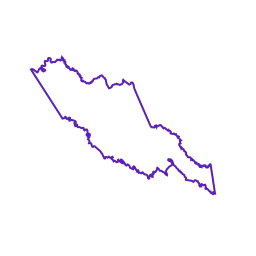 Morelia, Caquetá, Colombia (Equal Earth projection), rotated 147°
{"feature_id": "7082276B57536514364172", "entity_name": "Morelia", "entity_type": "district", "adm_level": 2, "iso_a3": "COL", "parent_name": "Colombia", "parent_adm1": "Caquetá", "projection": "equal_earth", "projection_center": [-75.683, 1.4], "detail": "fine", "context": "isolated", "style": "outline", "palette": "violet", "viewbox_px": 256, "rotation_deg": 147, "n_neighbors": 0, "source": "geoboundaries", "source_scale": "gbopen_adm2", "svg_char_len": 5825}
<svg xmlns="http://www.w3.org/2000/svg" viewBox="0 0 256 256"><g transform="rotate(147 128 128)"><path d="M90.5,26.1L78.2,53.3L78.7,52.9L80.0,52.6L80.0,52.0L80.8,52.0L81.1,52.4L81.7,51.8L82.1,52.0L82.4,51.6L83.0,52.0L83.2,51.8L83.7,52.1L83.5,52.7L83.9,52.9L84.0,53.5L83.4,54.2L83.8,54.9L85.3,55.5L85.5,55.2L85.8,55.6L86.3,55.4L86.9,55.9L87.2,55.8L87.3,56.6L87.9,56.1L88.3,56.4L88.2,55.6L89.0,56.3L88.9,56.7L88.4,56.7L88.8,57.7L88.3,59.2L88.8,59.8L89.0,59.4L89.5,59.5L89.8,61.0L90.2,61.2L89.7,61.8L90.7,62.3L90.4,63.1L90.6,65.0L91.1,66.7L91.7,66.3L91.8,67.1L92.3,67.1L91.7,68.1L91.7,69.3L93.6,71.1L93.5,72.6L93.8,74.1L93.4,75.0L92.6,75.8L92.9,77.0L93.4,77.8L93.1,78.1L93.2,79.1L93.0,79.9L93.4,80.1L93.8,82.8L94.4,82.3L94.2,83.2L94.5,84.1L94.1,86.3L93.6,86.7L92.4,86.5L92.4,87.2L91.5,88.8L90.3,88.7L91.0,91.9L90.8,92.7L90.1,93.1L90.4,93.6L90.8,93.7L91.0,92.8L91.3,92.8L91.2,95.1L91.6,96.2L91.2,96.7L92.3,97.3L92.4,98.3L93.7,98.6L95.1,100.1L95.1,100.8L94.3,101.2L94.2,102.2L94.8,103.3L95.3,103.5L95.0,104.5L95.4,104.6L95.7,104.0L96.0,104.1L96.2,105.4L96.7,106.1L96.8,107.4L97.1,108.1L98.4,108.3L98.7,110.0L98.4,110.3L98.9,111.5L99.0,112.6L100.3,113.3L100.9,113.1L102.6,113.7L103.1,113.4L102.7,114.3L103.0,114.9L103.8,114.7L104.2,115.0L104.7,114.2L105.2,114.5L105.6,114.1L107.8,115.8L108.0,117.6L101.3,157.4L99.7,161.6L99.5,162.8L99.6,163.7L100.5,164.4L102.0,163.5L103.3,163.7L105.7,170.2L105.8,171.0L106.3,170.8L107.1,168.9L109.4,168.1L110.2,168.4L111.4,168.5L112.2,169.7L113.0,170.4L113.5,171.4L114.3,171.2L115.5,172.0L117.6,172.3L118.4,172.1L119.3,171.3L121.3,171.3L122.3,171.7L122.0,176.6L120.4,180.4L120.6,181.4L120.2,182.2L120.9,183.6L121.2,186.4L123.1,186.9L124.0,186.7L124.5,186.1L125.5,186.8L127.1,186.5L129.8,187.8L131.3,187.0L132.0,187.1L132.4,186.3L133.5,186.6L134.0,186.1L134.5,186.6L135.2,186.2L135.8,186.8L136.6,186.5L137.5,187.8L138.4,188.0L138.8,189.9L140.4,191.9L140.1,192.2L140.6,192.6L141.0,192.2L141.3,192.6L141.0,193.1L141.2,193.5L140.3,194.6L140.3,195.5L140.1,195.7L140.4,196.4L140.1,197.0L140.0,196.9L140.2,197.6L139.9,197.6L139.9,198.2L139.6,198.2L139.8,198.9L139.4,199.3L139.6,199.7L139.6,199.4L139.9,199.4L139.8,199.7L140.1,200.1L139.9,200.2L140.1,201.6L140.3,201.6L139.8,202.6L139.8,204.0L140.7,204.8L141.3,204.5L141.6,204.8L142.1,205.8L141.7,206.2L141.5,207.4L141.8,207.8L142.0,207.3L142.0,208.0L143.2,207.8L143.2,207.3L143.4,207.2L144.3,207.9L144.2,208.3L144.7,208.7L144.8,209.3L144.6,209.7L144.9,210.3L144.5,211.5L144.7,211.9L145.0,211.4L145.4,211.4L145.3,212.2L145.8,212.3L146.3,213.0L146.0,213.7L145.6,213.9L145.4,215.2L145.8,215.6L145.4,216.6L144.6,217.5L145.0,218.0L144.8,218.4L145.5,218.2L145.1,219.4L145.3,219.6L144.7,220.0L144.7,220.7L145.1,220.8L144.7,221.3L144.9,221.6L144.6,222.0L145.0,222.5L144.9,223.3L145.6,222.8L145.9,221.4L146.8,221.7L147.5,221.3L148.2,221.6L148.5,222.8L149.8,223.1L150.1,223.8L153.1,223.0L155.1,224.4L156.2,224.3L156.7,225.0L156.6,226.3L155.5,227.4L155.2,228.2L155.7,229.5L156.6,230.0L157.4,229.6L158.1,228.3L158.8,228.0L159.6,228.2L160.8,229.3L161.3,229.3L162.1,228.3L162.9,226.0L163.6,225.3L164.7,225.6L165.9,227.1L166.8,227.1L167.4,226.1L167.3,224.3L166.1,222.6L165.9,221.7L166.2,221.3L168.0,221.4L168.7,222.5L168.7,224.9L169.1,226.0L170.8,225.6L173.2,224.1L173.9,224.1L175.7,229.0L176.6,229.8L177.5,229.9L177.8,171.6L176.5,171.0L174.5,171.5L174.2,171.1L174.6,169.6L174.3,168.8L172.1,168.8L171.2,168.3L171.1,168.0L171.6,167.5L173.0,167.0L173.1,166.0L172.8,165.8L172.2,166.3L171.2,165.8L169.2,163.6L168.3,161.8L168.5,161.4L170.3,161.3L171.2,158.3L170.7,158.0L169.9,159.2L169.2,159.2L168.9,158.4L169.6,157.2L169.5,156.0L168.2,155.2L167.0,153.2L165.5,152.6L165.3,151.8L165.9,150.5L165.7,149.6L163.8,149.6L163.3,149.0L163.4,148.0L164.6,145.9L164.5,145.3L163.5,144.0L163.7,143.0L164.1,142.5L164.6,142.6L165.4,145.1L166.0,145.3L166.5,144.9L166.5,144.1L165.3,142.7L165.1,141.8L165.4,141.5L166.4,142.3L166.6,140.9L167.7,140.3L167.3,138.8L167.5,137.8L169.0,136.5L167.5,135.5L167.4,134.4L168.1,132.8L168.1,131.8L167.6,131.2L166.5,131.4L165.9,130.8L163.8,123.3L163.9,121.7L163.6,120.4L164.0,119.3L164.4,115.3L163.9,115.0L162.9,115.9L162.3,115.8L161.4,114.3L159.7,114.4L159.5,113.3L159.1,112.7L156.8,112.4L156.8,111.6L158.1,111.7L158.6,111.1L158.1,109.4L158.2,107.8L156.9,107.8L156.3,105.6L155.2,105.2L154.6,105.3L153.9,106.6L153.4,106.6L153.1,104.5L152.4,102.5L151.9,101.5L151.2,100.9L150.8,101.1L150.7,102.0L151.6,104.6L151.2,105.3L150.6,104.9L150.0,101.2L150.2,97.9L149.6,97.3L148.4,97.8L147.8,97.1L147.4,95.5L147.9,93.6L146.3,90.6L145.5,90.8L145.4,92.0L144.9,92.6L144.2,92.7L143.8,92.3L143.7,91.6L144.1,86.3L143.6,86.3L143.1,87.2L142.6,87.1L142.5,86.4L143.4,85.3L143.3,84.4L142.6,84.3L141.4,82.7L140.3,83.1L139.8,82.8L139.5,80.2L138.1,79.0L137.8,78.4L137.7,76.8L138.5,75.0L138.2,74.2L137.6,74.2L136.9,75.5L134.9,76.5L134.6,76.1L134.7,74.3L133.9,73.6L133.4,74.5L133.8,75.8L133.5,76.3L133.0,76.2L132.4,75.5L131.5,75.5L131.1,76.0L131.1,77.1L130.6,77.5L130.1,77.3L129.6,76.3L128.6,76.2L128.0,76.7L126.7,77.1L125.4,78.5L125.0,78.6L124.6,76.9L124.5,74.7L123.4,73.9L122.7,72.3L121.9,71.2L121.6,68.3L121.0,67.3L120.4,68.2L120.0,70.7L118.3,72.1L114.5,73.1L111.4,73.0L110.8,73.3L110.5,73.8L110.1,76.2L110.3,76.9L111.6,78.2L111.8,79.1L111.4,79.7L110.9,79.7L109.3,78.4L108.8,76.5L109.6,73.4L109.7,71.5L109.1,69.9L109.1,67.9L108.5,65.9L108.8,64.7L108.5,64.2L107.9,64.0L108.2,63.0L107.6,62.4L107.8,61.7L107.3,60.9L107.4,59.8L106.5,58.3L106.7,56.7L107.0,56.2L106.4,54.6L107.0,53.6L107.6,53.4L107.7,53.0L103.3,49.0L102.5,47.2L100.3,47.7L99.6,47.2L99.1,45.8L98.5,45.4L98.9,44.0L98.4,42.9L98.5,41.3L99.2,41.5L99.5,41.2L99.5,39.8L98.4,39.1L97.7,40.1L96.7,40.7L95.8,38.8L94.3,38.5L94.3,37.5L94.9,36.0L95.0,35.3L95.9,35.3L96.0,34.7L94.6,33.6L94.1,30.6L93.3,29.7L94.0,28.9L92.9,26.9L92.7,26.1L92.0,26.0L91.5,27.7L91.1,27.6L90.5,26.1Z" fill="none" stroke="#5b21b6" stroke-width="2"/></g></svg>